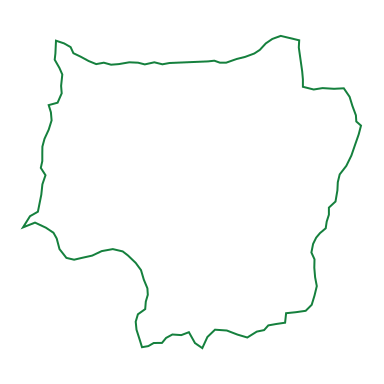 outline of Nova Castilho, São Paulo, Brazil
{"feature_id": "56859067B49471629499295", "entity_name": "Nova Castilho", "entity_type": "district", "adm_level": 2, "iso_a3": "BRA", "parent_name": "Brazil", "parent_adm1": "São Paulo", "projection": "albers", "projection_center": [-50.35, -20.782], "detail": "fine", "context": "isolated", "style": "outline", "palette": "green", "viewbox_px": 384, "rotation_deg": 0, "n_neighbors": 0, "source": "geoboundaries", "source_scale": "gbopen_adm2", "svg_char_len": 1642}
<svg xmlns="http://www.w3.org/2000/svg" viewBox="0 0 384 384"><path d="M361.0,125.6L356.3,121.5L355.9,115.3L352.4,105.9L349.6,96.8L343.8,88.3L334.0,88.8L322.5,88.1L313.7,89.5L302.9,86.8L302.9,79.4L302.2,71.5L298.8,47.5L299.2,40.3L280.7,35.9L272.4,38.9L265.8,43.4L259.8,49.9L254.3,53.5L245.1,56.9L236.6,59.0L226.1,62.7L220.0,62.7L214.3,60.7L208.0,61.4L169.5,63.0L162.4,64.3L154.3,62.3L144.8,64.4L138.1,62.7L129.3,62.3L118.8,64.1L111.1,64.7L103.8,62.7L96.2,64.1L88.6,61.0L80.7,56.7L73.4,53.2L70.6,47.1L64.1,43.4L56.0,40.7L55.4,53.5L54.7,59.7L59.4,67.9L62.3,74.5L61.1,85.9L61.7,93.3L57.6,102.7L48.7,105.1L50.9,112.3L51.6,120.4L48.7,129.7L44.5,138.8L42.4,146.6L42.3,153.1L42.3,161.1L40.8,167.9L45.5,175.2L42.4,184.3L41.3,194.7L37.9,211.7L30.0,216.2L23.0,227.4L35.0,222.6L45.9,227.7L53.5,232.8L56.7,238.5L59.5,249.1L66.4,257.9L74.1,259.7L81.8,257.9L92.2,255.6L101.7,251.1L112.8,249.1L122.7,251.4L128.0,255.5L135.7,262.9L141.0,270.1L143.8,279.6L147.4,288.3L147.8,294.8L145.8,301.6L145.2,309.1L137.9,314.3L135.7,321.7L136.5,329.7L140.1,341.0L142.0,347.2L148.3,346.1L153.7,343.0L162.0,342.9L166.1,337.9L172.4,334.5L181.3,335.1L188.9,332.2L195.0,343.1L202.3,348.1L207.4,337.0L215.0,329.7L226.8,330.5L237.5,334.6L247.3,337.5L256.8,331.6L264.1,330.1L268.3,325.4L276.2,324.0L285.1,322.7L286.1,313.2L295.9,312.2L305.7,310.8L311.7,304.8L314.5,295.6L316.8,286.1L315.1,277.2L314.3,267.7L314.5,259.3L311.4,252.5L313.1,243.9L316.2,237.6L320.0,233.1L325.7,228.3L326.7,221.6L328.9,214.7L328.9,207.6L335.5,201.5L337.4,190.4L337.8,182.2L339.7,174.4L346.3,165.9L351.4,155.5L354.9,145.3L358.7,134.4L361.0,125.6Z" fill="none" stroke="#15803d" stroke-width="2"/></svg>